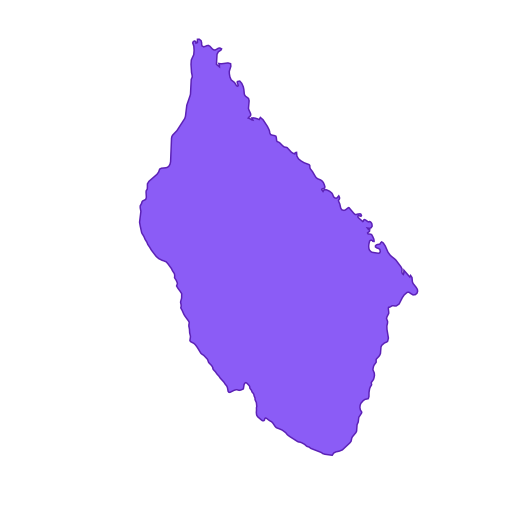 the border of Cabo Delgado, rotated 319°
{"feature_id": "MOZ-1198", "entity_name": "Cabo Delgado", "entity_type": "Province", "adm_level": 1, "iso_a3": "MOZ", "parent_name": "Mozambique", "parent_adm1": "", "projection": "equal_earth", "projection_center": [39.387, -12.31], "detail": "fine", "context": "isolated", "style": "filled", "palette": "violet", "viewbox_px": 512, "rotation_deg": 319, "n_neighbors": 0, "source": "natural_earth", "source_scale": "10m", "svg_char_len": 6124}
<svg xmlns="http://www.w3.org/2000/svg" viewBox="0 0 512 512"><g transform="rotate(319 256 256)"><path d="M249.5,131.0L251.5,130.2L253.4,128.8L269.5,111.7L270.8,110.7L272.3,110.1L278.6,109.5L292.4,105.5L294.4,104.3L302.7,96.8L311.2,91.9L312.7,90.9L323.0,80.2L325.3,79.1L326.3,77.8L327.8,75.1L332.7,68.7L335.8,65.6L341.1,63.2L344.1,60.3L346.7,56.9L348.0,53.7L349.4,53.0L350.7,53.4L351.2,54.5L350.3,56.0L351.8,56.5L354.0,54.0L355.4,55.2L355.8,57.5L354.9,59.3L353.7,60.8L353.1,62.0L353.7,63.8L355.2,64.5L356.9,65.0L358.2,65.8L358.8,67.5L358.9,71.3L359.5,73.0L360.7,73.9L363.9,74.5L365.2,75.3L365.9,77.1L364.7,77.6L361.5,77.2L358.9,78.2L351.9,85.4L352.5,89.3L353.6,88.0L354.2,86.3L355.8,88.1L361.5,91.9L363.0,94.2L361.5,96.3L357.0,99.1L355.5,100.9L353.8,103.7L352.8,106.8L353.6,110.9L353.0,114.8L353.6,115.9L354.6,115.5L355.6,112.8L356.4,112.1L358.5,113.3L358.5,116.4L357.4,120.0L356.1,122.3L353.5,126.0L353.0,127.2L352.9,128.6L353.6,131.4L353.6,132.5L352.6,134.4L347.1,139.7L346.5,141.1L345.3,145.0L344.6,146.1L343.6,146.6L341.6,146.6L340.6,146.8L341.5,148.4L342.2,150.6L342.8,151.4L343.4,149.1L344.7,150.1L346.0,151.7L347.1,153.5L347.9,155.1L350.2,154.3L350.7,157.8L349.6,165.8L348.7,169.2L348.1,170.7L347.1,172.2L346.7,174.0L347.7,175.7L348.9,177.2L349.6,178.6L349.1,179.8L347.2,182.6L347.1,183.6L347.9,185.2L348.2,186.5L348.4,190.0L348.8,192.2L350.3,194.1L350.6,194.7L350.8,200.8L351.3,202.7L352.3,204.4L353.0,203.9L353.5,203.8L354.6,204.4L352.4,207.4L351.8,210.6L352.4,213.9L353.5,217.2L356.0,221.8L356.0,222.9L354.7,224.6L354.2,225.7L354.0,229.3L353.0,234.6L352.8,236.2L353.2,238.1L354.7,241.1L355.1,242.9L355.0,244.8L354.3,247.0L353.4,249.0L352.3,249.8L349.9,248.7L349.1,249.0L348.9,251.3L350.9,250.7L352.7,252.4L354.0,255.3L354.5,258.1L354.3,259.6L353.8,261.0L353.4,262.4L353.7,264.1L354.4,265.0L355.5,265.3L357.9,264.9L357.6,266.0L357.2,267.0L356.5,267.6L354.6,268.2L354.1,269.3L353.4,271.6L351.3,275.6L351.1,277.5L352.2,279.2L353.1,279.7L354.1,279.9L357.5,280.1L357.9,280.6L357.8,288.2L358.1,289.8L358.9,290.5L359.8,290.8L362.2,292.4L362.6,293.3L362.1,294.7L361.2,294.9L359.9,292.7L359.0,292.7L358.4,293.8L358.5,295.2L359.2,300.1L359.9,300.1L360.8,299.5L361.7,299.6L362.3,300.7L363.0,303.6L363.4,304.2L364.4,304.5L364.8,305.5L364.8,306.7L364.5,307.9L363.2,309.7L361.4,310.2L359.7,309.6L358.4,307.9L358.3,308.8L358.4,309.9L358.7,310.8L358.9,310.9L357.7,311.9L355.4,311.7L355.0,312.5L355.5,313.4L356.5,314.3L357.3,315.6L356.9,317.7L356.0,320.6L354.8,322.4L354.6,322.5L353.8,321.5L353.9,320.6L353.6,319.9L352.7,319.3L352.0,319.2L351.5,319.3L349.1,321.0L347.5,322.5L346.1,324.4L345.5,326.0L345.6,328.1L346.0,329.3L350.2,334.3L351.4,334.8L352.7,334.2L353.8,332.3L353.4,330.7L352.5,329.2L352.1,327.5L352.8,326.7L354.1,326.6L355.4,327.1L356.4,327.8L357.5,328.3L358.9,327.8L360.1,327.8L360.6,329.7L360.1,333.3L358.1,339.7L357.8,343.3L358.0,345.3L358.7,349.0L358.9,350.9L358.3,359.2L357.8,361.4L356.8,362.6L355.6,363.7L354.9,365.3L355.1,366.6L356.2,366.0L358.3,363.8L358.3,372.8L359.9,372.1L359.6,374.6L357.1,378.1L356.5,379.9L356.3,384.7L355.9,387.0L354.9,388.6L353.1,389.7L350.9,389.7L349.0,388.4L348.2,386.0L347.6,383.6L346.2,382.6L342.3,382.6L339.2,383.4L332.5,386.1L329.1,385.7L328.0,384.8L327.2,383.8L326.2,382.9L323.2,382.3L322.7,381.8L322.3,381.7L321.3,382.6L319.3,385.5L318.5,386.4L315.0,387.8L313.5,388.8L312.4,391.7L311.3,392.9L308.9,394.6L306.7,397.3L302.1,404.8L299.4,406.7L298.4,406.7L295.8,405.9L292.4,405.9L290.7,406.6L286.0,411.2L284.4,412.0L282.9,412.4L279.5,412.7L278.7,413.0L277.0,415.0L273.6,415.8L272.3,416.4L270.9,417.4L269.6,418.6L268.5,421.9L267.1,423.8L265.2,425.3L263.6,426.3L260.5,427.0L259.7,427.4L258.9,428.9L258.2,429.3L256.6,429.7L254.7,430.7L251.8,433.1L249.0,436.2L247.1,437.3L244.1,435.7L242.0,435.5L238.4,436.0L236.6,437.0L235.0,438.5L233.8,440.6L233.4,443.2L232.6,443.8L227.7,445.2L224.2,448.4L221.6,449.6L217.1,454.1L215.6,454.8L210.1,455.7L208.9,456.2L206.2,458.2L204.3,458.6L194.0,459.0L190.8,457.9L187.7,456.2L185.3,455.7L182.8,456.4L177.9,450.8L176.7,448.8L176.5,447.6L176.1,446.6L171.2,437.3L170.7,435.0L169.6,433.2L169.4,432.5L169.1,430.0L168.0,427.0L167.2,425.5L166.0,424.1L165.6,423.2L163.1,414.7L162.6,412.6L162.4,411.2L162.5,408.8L161.8,405.5L161.4,404.2L160.2,401.7L159.0,399.5L158.7,398.8L158.6,397.3L159.1,393.2L159.0,391.2L158.5,390.0L158.0,388.2L157.5,385.6L157.1,384.8L156.7,384.4L155.8,384.6L154.7,385.4L153.8,385.4L153.0,384.8L152.7,384.2L152.5,383.3L151.8,378.6L152.0,376.9L152.3,376.2L153.6,374.3L155.3,372.6L156.8,370.8L157.9,370.0L160.1,366.9L160.8,364.5L161.2,363.6L162.1,362.5L162.8,360.3L163.6,359.0L163.8,357.9L163.8,356.0L164.4,354.6L164.6,352.2L164.7,351.7L165.5,350.5L165.7,350.0L165.8,349.1L165.7,346.1L165.4,345.2L165.1,344.8L164.1,344.7L162.8,345.1L159.4,347.9L159.1,348.0L156.9,347.3L155.6,346.7L154.6,345.6L153.9,344.4L153.1,343.8L151.3,343.0L147.1,341.9L146.6,341.6L146.1,340.9L146.2,339.8L148.0,336.8L148.6,335.1L148.7,332.2L149.0,330.5L149.0,329.2L148.9,325.6L148.9,324.5L149.2,322.5L149.1,319.6L149.4,316.8L149.3,314.7L149.3,313.6L149.5,312.8L150.1,312.0L150.4,310.9L150.6,309.5L150.4,305.6L150.5,305.0L151.5,302.5L151.6,301.7L151.4,296.7L150.8,294.7L150.6,293.2L151.7,286.7L151.9,284.8L152.0,283.0L151.8,281.2L150.5,277.9L150.5,277.0L150.7,276.4L153.5,274.0L154.1,273.2L155.5,270.5L157.8,267.5L159.3,264.9L160.3,263.8L161.7,262.7L162.1,262.1L162.4,261.1L163.0,254.3L163.4,252.4L164.6,248.5L165.2,245.8L166.7,244.7L167.7,243.3L168.6,241.6L169.2,241.0L172.2,239.0L175.2,235.7L175.6,233.0L175.9,229.2L176.4,226.5L178.4,225.4L179.0,224.6L179.8,222.1L180.3,218.9L181.6,217.7L182.8,215.8L183.3,212.2L183.9,210.1L184.4,204.5L184.4,201.6L183.1,198.9L182.3,197.7L181.4,195.4L180.9,194.3L180.5,191.7L180.4,190.7L180.9,182.9L181.5,179.7L181.9,176.3L182.7,174.0L183.2,170.8L184.2,167.7L184.8,164.1L185.1,163.2L188.3,157.4L190.3,154.1L198.4,146.8L200.2,143.7L201.5,142.2L204.0,141.3L205.6,140.3L206.5,140.1L209.3,140.8L210.2,140.8L211.7,139.8L215.0,135.6L216.0,134.7L217.8,134.2L219.2,132.8L221.4,130.3L224.2,129.4L234.9,129.4L237.7,128.7L240.3,127.2L242.2,127.7L245.6,130.1L247.3,131.0L249.5,131.0Z" fill="#8b5cf6" stroke="#5b21b6" stroke-width="1.5"/></g></svg>